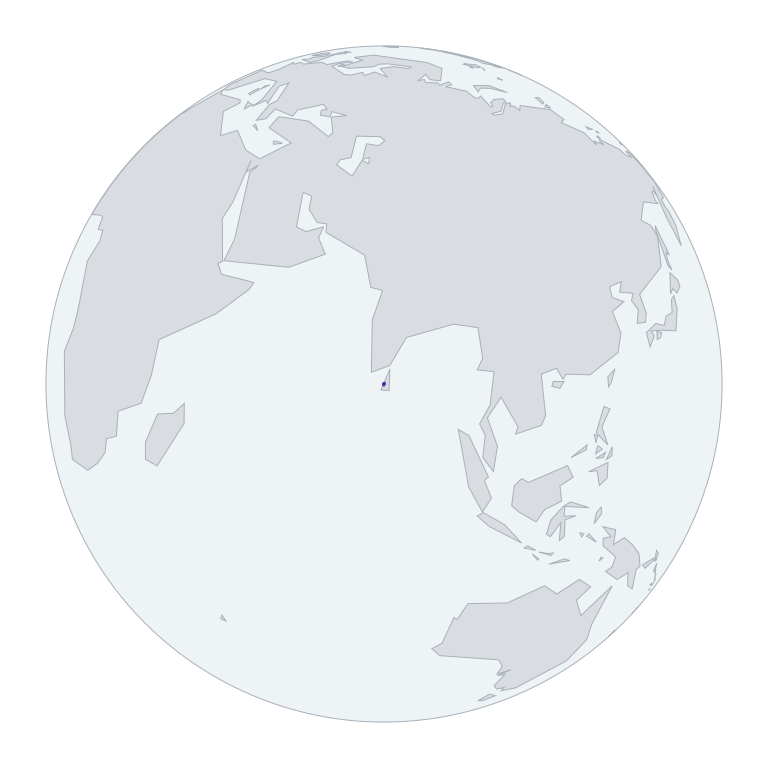 Kægalla on an orthographic globe, rotated 26°
{"feature_id": "LKA-2469", "entity_name": "Kægalla", "entity_type": "District", "adm_level": 1, "iso_a3": "LKA", "parent_name": "Sri Lanka", "parent_adm1": "", "projection": "orthographic", "projection_center": [80.358, 7.113], "detail": "fine", "context": "on_globe", "style": "filled", "palette": "violet", "viewbox_px": 768, "rotation_deg": 26, "n_neighbors": 0, "source": "natural_earth", "source_scale": "10m", "svg_char_len": 8890}
<svg xmlns="http://www.w3.org/2000/svg" viewBox="0 0 768 768"><g transform="rotate(26 384 384)"><circle cx="384" cy="384" r="338" fill="#eef3f6" stroke="#a8b0b8"/><path d="M521.9,75.5L518.3,74.2L524.9,77.2L503.6,68.5L514.8,72.4L514.5,72.3L521.9,75.5ZM492.6,64.6L489.4,63.7L490.1,63.6L492.6,64.6ZM83.6,229.3L110.4,190.2L110.1,195.3L130.2,191.5L131.3,194.5L120.1,209.4L128.1,232.4L141.1,220.3L157.2,234.3L173.5,236.1L195.0,207.9L168.3,204.1L172.4,189.8L200.9,180.8L225.5,186.1L227.9,180.8L219.7,167.2L232.8,159.1L217.7,162.0L218.3,167.7L208.8,170.2L207.7,165.3L212.4,162.2L207.1,159.1L186.1,175.8L184.4,183.4L165.9,184.4L161.4,197.5L153.7,202.9L158.5,182.8L163.8,176.1L166.5,155.2L159.3,162.1L156.3,182.8L153.9,180.7L144.1,191.9L149.7,181.8L155.0,159.0L143.2,161.7L115.3,188.1L111.2,189.7L113.7,183.2L137.0,155.3L143.5,155.3L151.9,147.0L161.8,134.6L162.9,136.2L167.8,131.6L171.3,131.8L187.4,122.1L192.7,121.9L209.7,109.5L214.7,108.2L203.2,115.6L198.1,121.3L212.6,123.2L218.5,121.0L228.4,113.2L231.1,115.4L238.8,107.7L252.4,106.6L242.3,102.0L253.6,94.5L267.6,89.9L269.5,87.1L246.7,94.7L239.3,98.8L235.8,103.3L213.9,115.7L206.7,117.2L222.7,102.4L214.1,103.6L230.4,93.0L281.9,76.2L297.9,74.9L301.9,86.7L292.1,90.3L285.7,87.5L281.8,96.4L286.8,92.6L289.1,94.9L300.5,89.7L302.6,91.2L309.9,84.1L313.8,85.4L309.1,89.8L329.3,84.7L340.4,87.0L343.9,85.3L344.6,82.8L358.1,88.2L360.1,86.7L356.5,84.3L358.1,80.1L366.2,75.3L370.4,77.4L368.1,79.4L369.5,87.5L362.6,93.5L365.2,94.0L372.2,89.4L370.4,79.3L374.1,75.9L376.4,80.1L375.8,78.3L379.0,77.3L386.1,78.6L384.3,74.0L413.3,64.5L429.9,67.4L428.7,71.4L453.5,70.5L470.3,76.0L466.9,73.4L476.5,72.8L471.3,70.9L470.4,69.7L492.6,69.9L501.1,72.4L506.8,71.8L505.0,70.8L499.0,68.7L503.6,68.5L524.9,77.2L527.8,78.9L539.2,84.1L544.2,87.7L553.6,94.0L552.4,96.5L560.0,102.1L563.6,103.6L576.5,113.3L590.7,129.5L563.3,109.2L538.9,88.4L547.5,95.7L540.9,92.3L541.0,94.2L547.5,100.2L551.2,101.8L537.3,106.6L543.4,124.2L554.4,124.5L565.0,131.3L581.7,156.9L574.5,191.4L588.6,205.2L591.9,213.9L585.0,218.5L580.0,205.7L569.9,200.6L568.1,193.3L555.5,198.1L552.4,188.0L544.1,197.7L551.2,206.1L563.5,204.8L557.6,218.8L574.7,234.5L580.6,253.1L565.1,285.5L543.3,295.3L542.8,301.4L532.2,294.2L521.0,306.2L543.2,341.7L543.6,352.1L524.2,371.4L523.2,363.7L495.0,344.6L491.8,369.2L513.3,390.2L520.7,414.7L505.1,406.9L497.3,385.4L487.4,378.0L488.6,356.4L477.5,324.7L461.6,330.4L461.5,317.8L443.8,292.1L420.2,299.8L383.8,332.4L381.1,364.9L367.5,378.9L345.4,331.6L341.7,300.5L329.8,303.0L310.2,276.7L265.3,273.1L262.3,265.1L253.1,268.2L239.9,259.7L236.8,246.9L227.2,247.1L236.4,281.1L247.1,281.2L260.9,269.2L261.1,281.3L274.3,293.0L247.2,320.9L186.1,343.3L186.1,318.9L170.5,252.1L174.3,245.2L174.5,244.4L174.6,243.0L167.1,253.9L166.4,241.4L168.4,286.5L166.1,306.0L185.2,344.7L181.9,348.2L189.9,356.6L222.5,349.8L221.4,357.9L202.3,394.5L162.4,442.7L171.1,478.2L174.1,507.7L156.9,525.1L166.3,548.1L158.5,554.9L163.3,567.7L161.5,580.3L155.6,591.4L137.1,588.4L129.7,576.7L111.0,552.4L82.4,494.8L80.4,470.1L76.1,450.0L63.5,403.7L65.8,379.9L64.0,369.1L59.3,370.3L58.0,357.4L55.8,356.3L47.2,359.7L47.9,348.5L51.5,323.7L56.9,299.3L64.0,275.3L73.0,251.9L83.6,229.3ZM88.0,222.9L84.8,228.9L84.7,229.0L88.0,222.9ZM245.4,207.9L264.2,211.1L266.2,192.6L273.6,192.7L271.6,186.8L266.3,191.4L263.0,175.8L274.8,172.0L278.0,164.8L271.8,163.5L250.6,173.3L255.2,195.0L246.4,201.6L245.4,207.9ZM190.9,109.7L188.5,112.5L181.8,117.2L175.1,120.3L184.8,113.1L190.9,109.7ZM186.7,115.6L204.4,101.7L209.3,100.2L203.6,103.2L205.0,103.6L196.1,108.8L183.4,122.1L176.6,127.4L168.0,128.3L174.5,124.7L176.5,121.8L186.7,115.6ZM241.3,77.8L249.0,74.2L249.5,75.2L242.2,78.6L235.1,81.0L239.5,78.5L241.3,77.8ZM354.0,47.4L354.3,47.4L343.8,48.8L349.4,48.2L350.2,48.8L342.0,50.3L341.6,49.6L332.9,52.3L327.3,52.3L326.6,52.6L319.1,53.7L308.8,55.8L307.6,55.8L304.1,56.7L299.0,57.8L293.8,59.3L289.8,59.9L283.1,62.0L285.0,61.2L274.6,64.7L280.5,62.5L274.5,64.4L272.0,65.5L268.8,66.3L296.6,57.6L325.1,51.3L354.0,47.4ZM372.1,46.3L366.0,46.6L357.4,47.2L358.2,47.1L372.1,46.3ZM137.9,189.4L139.7,190.5L143.7,190.5L137.7,198.0L137.9,189.4ZM141.0,173.9L143.4,173.3L136.8,182.9L134.9,182.3L141.0,173.9ZM150.4,165.2L144.1,172.5L146.4,168.2L150.4,165.2ZM206.1,115.0L209.3,114.4L207.5,116.3L203.1,118.9L206.1,115.0ZM315.1,61.8L316.2,60.4L318.6,60.0L327.0,56.7L331.8,57.0L328.6,59.0L315.1,61.8ZM187.3,212.2L179.3,217.1L178.2,214.0L181.2,212.9L187.3,212.2ZM154.8,207.0L159.5,211.7L153.1,209.0L154.8,207.0ZM321.8,61.5L324.7,60.0L325.3,61.2L321.8,61.5ZM335.8,57.1L337.4,58.1L333.4,56.7L335.8,57.1ZM339.8,662.7L345.8,666.4L340.1,666.5L339.8,662.7ZM221.6,507.1L215.9,557.1L202.6,556.2L195.1,540.9L193.7,510.2L207.6,502.6L213.0,489.0L221.6,507.1ZM591.9,471.9L599.8,473.4L599.3,475.0L591.9,471.9ZM583.9,466.5L593.2,467.0L582.0,469.9L583.9,466.5ZM596.7,467.2L606.1,464.3L610.2,461.7L609.3,465.0L596.7,467.2ZM577.4,466.6L540.8,465.9L525.8,461.7L529.7,456.0L553.9,457.6L577.4,466.6ZM528.5,455.8L505.2,439.4L470.7,392.2L483.1,393.2L518.6,421.8L516.5,426.7L530.6,439.5L528.5,455.8ZM583.5,426.5L581.1,441.3L561.3,439.9L552.1,437.4L545.7,418.3L549.3,408.7L557.0,409.1L584.8,376.8L594.9,384.9L586.8,398.5L595.0,411.4L583.5,426.5ZM382.8,368.0L391.5,387.7L383.9,390.7L382.8,368.0ZM594.6,354.4L584.3,368.3L593.2,349.7L594.6,354.4ZM598.9,336.9L600.3,344.0L595.1,337.1L598.9,336.9ZM544.0,310.9L535.9,312.5L535.0,307.6L544.7,302.8L544.0,310.9ZM585.0,269.2L587.6,283.3L587.1,288.1L582.1,279.5L585.0,269.2ZM367.0,68.0L349.9,71.7L340.8,75.9L340.7,80.2L333.6,76.4L347.6,69.8L367.0,68.0ZM407.1,64.4L407.1,61.6L412.0,62.6L412.6,63.3L407.1,64.4ZM403.7,62.9L394.6,60.3L397.8,58.7L404.3,61.0L403.7,62.9ZM357.7,59.0L352.3,59.9L351.9,58.8L357.7,59.0ZM607.2,627.5L615.0,616.4L620.8,615.3L611.6,625.2L607.2,627.5ZM607.8,581.7L553.0,603.8L543.0,600.9L549.8,591.6L549.2,563.1L552.9,563.7L555.8,544.5L590.6,526.9L616.9,494.9L631.4,497.0L645.3,474.0L658.6,475.7L651.8,493.9L662.4,506.0L677.6,465.3L676.0,509.0L678.3,524.8L669.4,552.7L635.6,599.3L623.7,608.4L625.0,604.1L619.1,608.8L615.2,606.9L620.1,591.7L614.0,596.4L623.2,585.0L612.8,595.2L614.0,585.5L607.8,581.7ZM699.4,503.6L699.2,504.9L696.5,512.7L696.9,511.2L699.4,503.6ZM708.5,478.0L707.7,480.8L707.4,481.8L708.5,478.0ZM708.7,477.1L710.0,472.7L708.8,477.1L708.7,477.1ZM712.1,453.1L712.9,450.9L712.7,452.7L712.1,453.1ZM611.2,473.7L622.8,462.1L628.4,461.2L611.2,473.7ZM712.3,448.3L711.3,447.8L711.8,445.5L712.3,448.3ZM713.2,442.9L713.5,439.6L713.1,447.3L713.2,442.9ZM711.8,435.4L712.6,441.3L711.6,436.0L711.8,435.4ZM710.8,436.1L709.8,433.5L710.0,432.5L710.8,436.1ZM692.0,439.7L696.8,459.4L691.5,458.7L686.0,446.5L679.2,457.6L665.2,455.4L669.2,448.5L668.0,437.9L651.9,433.4L648.6,426.4L654.9,421.9L643.4,416.3L656.1,413.4L660.7,427.6L667.5,416.7L678.2,419.7L687.6,424.7L694.0,435.6L692.0,439.7ZM655.0,444.5L657.0,444.5L654.9,448.8L655.0,444.5ZM707.8,425.4L709.3,432.5L708.9,434.2L708.0,433.1L707.8,425.4ZM695.7,433.2L703.0,421.8L704.4,422.1L699.4,435.2L695.7,433.2ZM701.8,414.1L704.7,415.9L705.8,422.7L705.1,424.4L701.8,414.1ZM629.3,431.0L628.7,434.9L625.2,431.8L629.3,431.0ZM633.9,428.7L644.1,433.1L632.9,432.0L633.9,428.7ZM600.4,414.7L603.7,424.0L614.4,418.2L606.2,426.6L612.9,442.0L610.2,447.7L603.7,431.1L600.5,448.2L595.8,447.8L593.7,433.1L598.8,415.4L603.5,408.1L622.4,405.3L600.4,414.7ZM634.1,417.4L631.3,406.6L633.3,399.5L636.4,405.2L634.1,417.4ZM622.0,380.8L613.4,368.5L606.4,373.1L619.7,356.3L625.9,370.8L622.0,380.8ZM613.4,354.0L607.0,358.1L613.1,348.3L613.4,354.0ZM604.8,354.0L603.2,345.6L608.8,346.8L604.8,354.0ZM616.9,354.4L616.7,340.2L620.3,348.6L616.9,354.4ZM598.6,326.9L612.0,340.7L596.1,334.7L591.5,307.8L598.0,307.3L598.6,326.9ZM610.1,224.2L606.3,217.3L611.0,216.0L612.3,221.0L610.1,224.2ZM623.1,208.2L611.1,213.5L600.9,219.1L605.9,222.4L606.9,234.0L597.3,222.8L601.7,210.5L610.2,208.5L607.8,199.2L611.7,193.5L605.3,182.1L605.8,177.6L614.3,187.6L623.1,208.2ZM602.1,177.3L592.2,158.6L602.8,162.1L607.4,167.0L607.4,173.9L601.8,171.5L602.1,177.3ZM592.9,155.3L587.4,153.2L561.2,127.1L558.3,122.8L583.9,142.9L580.0,142.2L584.6,148.4L592.9,155.3ZM492.3,64.8L489.6,63.8L493.4,65.0L492.3,64.8ZM467.3,68.8L466.7,67.4L471.2,68.4L467.3,68.8ZM467.4,64.5L462.9,64.2L465.9,63.6L467.4,64.5ZM452.9,64.2L460.2,63.7L455.8,65.6L452.9,64.2Z" fill="#d9dde1" stroke="#a8b0b8" stroke-width="1"/><path d="M383.6,385.5L383.5,385.4L383.2,385.1L383.2,384.9L383.0,384.7L382.9,384.4L382.9,384.2L383.0,384.1L383.1,383.9L382.9,383.9L382.8,383.6L383.0,383.5L383.0,383.3L383.0,383.2L383.3,383.0L383.4,382.9L383.5,382.8L383.8,382.8L383.9,382.7L384.0,382.6L383.9,382.5L384.0,382.4L384.3,382.4L384.4,382.6L384.7,383.0L384.9,383.2L385.0,383.3L384.9,383.4L384.9,383.5L385.0,383.6L385.0,383.8L384.9,383.8L384.6,383.9L384.5,384.0L384.7,384.3L384.6,384.5L384.4,384.7L384.5,384.8L384.5,385.0L384.7,385.3L384.8,385.4L384.9,385.5L384.7,385.7L384.4,385.6L384.2,385.5L383.9,385.6L383.7,385.5L383.6,385.5Z" fill="#8b5cf6" stroke="#5b21b6" stroke-width="1.5"/></g></svg>